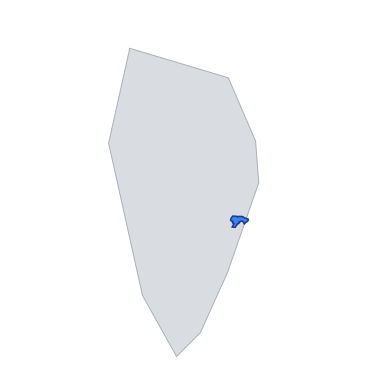 Roseau Valley, Anse-la-Raye, Saint Lucia (highlighted), rotated 165°
{"feature_id": "8701671B68986810783457", "entity_name": "Roseau Valley", "entity_type": "district", "adm_level": 2, "iso_a3": "LCA", "parent_name": "Saint Lucia", "parent_adm1": "Anse-la-Raye", "projection": "orthographic", "projection_center": [-61.028, 13.953], "detail": "fine", "context": "in_parent", "style": "filled", "palette": "blue", "viewbox_px": 384, "rotation_deg": 165, "n_neighbors": 0, "source": "geoboundaries", "source_scale": "gbopen_adm2", "svg_char_len": 2787}
<svg xmlns="http://www.w3.org/2000/svg" viewBox="0 0 384 384"><g transform="rotate(165 192 192)"><path d="M259.9,260.8L214.9,346.9L127.4,292.9L117.4,224.9L125.1,183.7L178.6,105.0L220.3,54.0L249.5,37.1L266.6,104.9L259.9,260.8Z" fill="#d9dde1" stroke="#a8b0b8" stroke-width="1"/><path d="M161.3,151.4L161.2,151.4L160.9,151.4L160.6,151.4L160.4,151.3L160.3,151.2L160.1,151.0L159.9,150.8L159.7,150.6L160.0,150.3L160.2,150.0L160.6,149.6L160.8,149.3L161.5,148.6L161.9,148.2L162.2,147.9L162.3,147.8L162.1,147.7L161.7,147.5L161.5,147.4L161.4,147.4L161.2,147.3L159.9,146.9L159.4,146.7L157.7,148.3L157.4,148.4L157.2,148.5L157.1,148.9L157.1,149.0L156.9,149.3L156.7,149.3L156.5,149.2L156.4,149.2L156.2,149.2L155.9,149.2L155.8,149.3L155.7,149.3L155.4,149.4L155.4,149.5L155.2,149.5L154.9,149.6L154.7,149.7L154.5,149.8L154.5,150.0L154.5,150.5L154.4,150.7L154.4,150.9L154.3,151.0L154.2,151.0L154.1,150.9L153.9,150.7L153.6,150.7L153.4,150.7L153.4,150.8L153.2,150.8L153.1,151.0L152.9,151.1L152.7,151.2L152.4,151.1L152.2,151.2L151.9,151.2L151.7,151.1L151.4,151.0L151.3,150.9L151.2,150.9L150.9,150.7L150.7,150.5L150.7,150.4L150.7,150.2L150.5,149.9L150.4,149.6L150.2,149.4L150.1,149.2L150.0,148.9L149.9,148.8L149.9,148.7L149.8,148.4L149.8,148.2L149.9,147.9L149.9,147.7L149.7,147.6L149.3,147.7L149.2,147.8L149.0,148.0L148.9,148.1L148.7,148.2L148.7,148.3L148.3,148.5L148.2,148.5L147.9,148.7L147.8,148.8L147.7,148.8L147.4,148.9L147.3,149.0L147.2,149.0L146.9,149.1L146.7,149.2L146.5,149.3L146.4,149.3L146.3,149.2L146.2,149.3L145.7,149.5L145.4,149.7L145.3,149.8L145.1,149.9L145.1,150.0L144.9,150.1L144.9,150.3L144.9,150.5L144.9,150.8L144.9,151.0L144.8,151.3L144.8,151.5L145.1,151.6L145.3,151.7L145.4,151.8L145.6,151.9L145.7,152.0L145.8,152.0L146.0,152.1L146.3,152.3L146.4,152.5L146.5,152.6L146.8,152.7L147.0,152.6L147.2,152.8L147.3,152.9L147.4,153.0L147.5,153.1L147.8,153.2L148.0,153.3L148.1,153.6L148.3,153.7L148.3,153.8L148.5,153.9L148.6,154.0L148.7,154.3L148.8,154.4L148.8,154.5L149.0,154.7L149.1,154.8L149.4,154.9L149.5,155.0L149.8,155.2L149.9,155.3L150.0,155.3L150.3,155.4L150.4,155.5L150.5,155.7L150.8,155.7L151.0,155.6L151.3,155.7L151.5,155.8L151.9,155.9L152.0,155.9L152.1,156.0L152.3,156.0L152.5,156.2L152.8,156.2L153.0,156.3L153.3,156.3L153.5,156.3L153.5,156.2L153.8,156.2L154.1,156.1L154.3,156.1L154.5,156.0L154.7,156.3L154.6,156.5L154.8,156.8L155.2,157.0L155.4,157.0L155.6,157.1L155.9,157.2L156.1,157.3L157.2,157.7L157.8,157.9L158.3,158.0L158.7,158.1L158.8,158.2L159.0,158.2L161.2,156.4L161.7,155.4L161.8,155.2L162.0,154.9L162.1,154.6L161.9,154.4L161.7,154.2L161.4,153.9L161.2,153.7L161.1,153.4L160.9,153.4L160.7,153.3L160.4,153.3L160.2,153.2L160.1,152.9L160.6,152.0L160.6,151.9L160.7,151.7L160.8,151.6L161.0,151.6L161.2,151.4L161.3,151.4Z" fill="#3b82f6" stroke="#1e3a8a" stroke-width="1.5"/></g></svg>